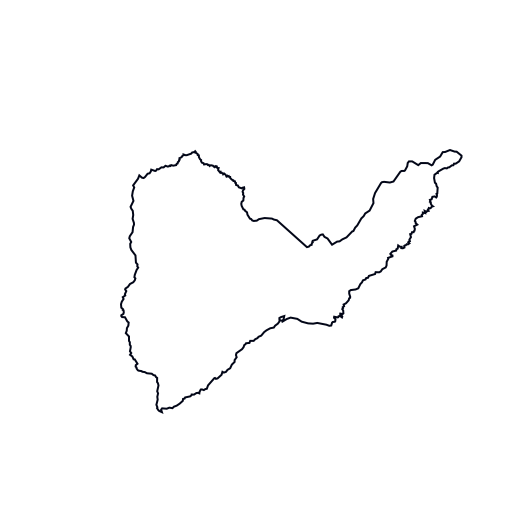 outline of San Andrès, Antioquia, Colombia, rotated 206°
{"feature_id": "7082276B55021826585662", "entity_name": "San Andrès", "entity_type": "district", "adm_level": 2, "iso_a3": "COL", "parent_name": "Colombia", "parent_adm1": "Antioquia", "projection": "orthographic", "projection_center": [-75.67, 6.907], "detail": "fine", "context": "isolated", "style": "outline", "palette": "ink", "viewbox_px": 512, "rotation_deg": 206, "n_neighbors": 0, "source": "geoboundaries", "source_scale": "gbopen_adm2", "svg_char_len": 6140}
<svg xmlns="http://www.w3.org/2000/svg" viewBox="0 0 512 512"><g transform="rotate(206 256 256)"><path d="M272.1,74.4L273.9,76.3L273.6,77.9L269.3,79.6L267.4,81.7L264.4,82.6L263.7,84.6L261.7,86.7L259.9,89.8L258.3,93.7L258.9,95.6L257.7,96.5L257.7,97.8L253.6,101.0L252.9,102.7L253.1,103.3L251.0,104.2L249.5,106.7L248.1,107.6L246.7,107.7L247.2,109.2L247.1,111.8L246.1,112.4L244.1,112.6L243.2,114.2L242.0,115.1L242.4,118.7L239.9,127.9L239.4,128.4L238.2,128.0L236.9,129.1L234.9,134.1L235.4,137.2L233.8,137.1L232.2,138.7L231.7,141.2L230.0,143.8L230.1,147.8L228.8,151.4L229.6,153.1L229.0,156.5L230.6,158.2L231.0,160.1L227.7,166.1L227.2,168.6L227.5,170.8L226.8,172.0L226.7,173.2L223.8,175.0L224.0,177.2L220.9,178.7L220.2,180.9L218.7,182.8L218.3,184.5L216.4,186.7L215.3,191.2L214.0,193.8L211.5,197.3L208.6,199.5L208.3,201.7L206.7,204.8L206.0,208.9L206.9,208.8L207.8,210.5L206.8,212.0L204.3,214.4L203.4,210.9L204.2,209.2L203.5,208.6L200.7,212.9L197.9,215.8L191.3,217.6L186.2,217.0L179.6,218.3L175.0,220.2L171.6,222.7L162.6,225.1L159.5,225.4L157.9,226.5L158.4,229.4L158.1,230.3L156.3,231.5L156.2,232.2L156.9,234.1L158.8,234.7L159.1,235.7L155.7,236.6L155.2,237.1L155.4,238.0L154.3,239.0L151.8,238.5L151.9,239.4L152.9,240.0L154.1,239.9L154.9,240.7L155.0,241.2L152.7,241.8L152.3,242.7L153.7,245.2L155.2,246.1L154.9,247.3L155.6,248.0L154.8,249.5L156.0,250.8L154.4,252.9L153.3,256.8L153.7,258.8L153.1,259.7L153.5,260.7L155.7,263.0L156.8,265.2L155.9,266.9L151.8,269.6L149.9,271.8L149.9,276.5L149.2,278.7L149.2,281.0L147.3,282.9L147.3,284.5L145.8,285.5L145.8,287.6L141.1,292.0L141.4,293.9L138.2,295.3L137.1,296.8L136.7,299.5L134.4,302.6L134.5,304.7L136.0,308.1L135.9,311.5L136.5,312.2L133.2,315.5L133.6,316.3L135.5,316.2L136.2,316.8L135.4,319.8L132.4,322.3L132.8,323.6L131.9,324.7L132.8,327.8L130.7,327.4L129.2,328.1L128.8,326.8L127.4,327.3L126.3,328.7L127.2,330.0L126.9,330.7L126.1,331.3L125.7,332.7L124.6,333.0L123.7,334.6L125.2,335.1L125.1,335.9L124.2,336.8L125.3,338.0L125.0,340.9L127.0,343.2L126.0,344.0L126.2,345.8L124.8,346.5L125.0,347.4L124.6,348.1L125.1,350.0L127.0,352.0L124.8,354.9L127.0,355.6L127.4,356.5L128.6,357.1L128.8,359.6L127.3,362.0L124.2,364.5L125.0,365.4L124.5,366.9L125.1,368.2L122.7,368.7L124.1,370.5L122.1,370.4L121.9,371.4L120.7,372.2L121.9,373.2L121.5,373.9L121.7,374.9L120.6,375.0L120.0,375.7L119.6,377.4L118.8,378.2L120.0,378.4L121.9,379.7L122.4,380.8L123.4,380.9L123.4,381.8L124.3,382.7L123.0,384.0L123.4,386.5L121.5,387.9L119.7,387.6L119.5,388.6L120.1,390.2L121.0,390.9L120.5,391.7L122.7,397.1L124.2,397.9L125.9,400.0L127.3,400.3L130.1,404.1L131.2,407.3L129.7,410.1L129.0,410.3L129.5,411.2L128.9,412.3L126.0,416.6L124.8,417.8L122.9,418.4L122.2,419.8L121.2,420.4L119.7,423.3L118.4,424.1L118.5,425.8L117.0,426.5L114.9,430.1L114.6,434.9L115.3,436.3L121.4,437.7L123.3,436.9L128.1,436.3L131.6,432.4L133.7,431.2L134.1,426.1L137.1,421.0L137.2,415.6L137.9,414.5L142.3,414.8L148.6,411.8L150.0,408.8L157.0,409.5L160.0,408.1L160.4,406.1L159.4,402.9L159.6,398.2L160.0,397.5L162.5,396.2L163.2,395.0L165.1,383.2L167.9,380.7L173.4,378.8L175.1,377.6L175.6,376.4L176.6,364.8L175.7,358.6L173.6,355.0L173.8,346.6L176.5,342.1L176.7,339.0L177.8,336.0L178.4,327.8L179.3,325.0L179.4,321.1L180.3,320.2L182.8,312.4L185.7,308.8L187.3,305.8L189.4,304.5L192.6,299.5L199.4,303.1L202.8,303.2L205.4,304.7L206.7,303.8L207.8,302.3L208.4,297.7L211.7,294.5L211.6,293.5L211.0,293.1L211.4,291.9L210.9,290.4L212.0,289.5L212.6,287.6L214.1,286.3L252.9,297.3L255.9,296.6L258.1,296.6L264.9,293.9L269.5,290.4L270.8,288.1L273.4,286.5L275.0,286.3L276.5,287.1L277.8,286.9L281.8,289.4L283.2,291.3L285.8,291.9L286.6,292.6L287.8,292.4L290.9,294.8L292.1,296.4L292.6,298.5L291.7,300.3L292.7,302.8L292.7,304.3L294.6,305.5L295.1,307.0L296.2,307.8L296.4,309.4L295.9,311.2L296.8,312.5L298.1,311.4L298.4,310.6L301.5,310.2L303.2,311.4L305.0,311.1L306.1,312.8L306.6,312.6L307.7,313.9L309.2,313.5L309.6,314.1L311.1,314.0L313.4,314.8L313.9,315.7L314.8,315.4L315.5,315.9L316.0,315.2L316.9,315.6L317.4,314.5L319.1,315.8L320.4,316.0L321.1,315.2L321.4,315.9L322.0,315.4L323.1,315.8L323.8,315.4L324.6,316.1L324.9,315.3L327.7,316.6L328.2,318.6L329.1,318.1L330.5,319.2L330.8,318.6L331.5,319.0L332.0,318.1L332.3,318.5L333.1,317.8L334.3,318.3L336.0,317.9L336.8,317.5L337.1,316.6L338.5,317.2L339.1,316.7L340.0,317.1L341.2,316.7L342.8,315.5L343.8,316.4L345.6,316.2L346.9,317.1L347.4,318.2L348.6,318.4L350.6,319.8L351.5,321.4L352.6,321.2L353.0,322.0L354.9,322.4L355.9,322.3L355.9,323.2L356.6,323.5L356.8,322.6L358.8,321.0L359.1,319.6L362.4,316.3L363.5,315.7L365.5,315.5L365.1,314.9L366.0,314.0L366.2,312.2L367.7,310.3L366.8,309.1L367.2,308.4L366.8,307.2L367.4,306.1L367.0,304.8L367.7,304.0L367.6,302.7L370.0,300.9L372.1,300.5L372.3,299.4L373.3,299.3L373.6,298.4L374.5,297.7L376.9,297.4L377.9,295.1L379.9,294.2L381.5,291.2L383.0,290.7L383.2,289.0L383.9,288.2L388.0,287.7L387.6,285.9L387.9,283.7L389.5,282.4L390.4,278.3L391.2,276.8L392.8,276.4L396.2,277.3L395.9,273.7L397.4,265.6L395.5,264.2L395.1,260.2L393.8,255.9L390.3,251.8L390.3,245.2L388.8,243.8L386.6,242.6L384.3,239.0L383.2,235.3L380.2,232.2L379.4,230.7L379.2,228.2L377.4,223.3L378.1,218.5L377.7,216.4L374.3,213.9L374.4,211.8L372.7,208.7L370.7,206.8L364.6,203.7L361.0,197.4L358.8,196.5L358.2,194.7L356.8,193.9L357.2,191.2L356.7,186.0L356.0,183.6L354.6,183.0L354.3,181.0L354.8,178.6L357.0,175.6L357.6,172.1L359.1,169.5L358.9,168.5L357.2,167.6L357.1,164.2L356.2,163.2L357.7,160.6L356.2,159.3L356.6,156.1L356.2,153.5L354.4,150.5L352.3,149.9L352.1,149.1L351.2,149.1L350.1,147.3L349.8,145.8L351.1,143.7L350.7,142.9L349.6,142.4L346.9,143.5L343.0,140.8L341.3,140.4L340.2,137.4L340.4,134.6L339.4,132.1L339.2,129.6L334.9,128.0L332.9,124.0L331.6,123.2L330.5,120.9L329.2,120.2L328.6,119.1L327.5,115.1L325.6,114.1L325.9,112.0L323.1,111.5L320.7,109.5L319.6,109.9L315.3,107.2L316.2,105.2L315.7,103.8L314.5,103.4L314.0,102.5L312.1,101.5L311.2,101.5L308.3,102.4L307.5,102.1L305.1,102.9L302.6,102.8L298.1,104.5L295.9,104.0L294.3,104.4L292.9,103.4L291.4,103.1L289.7,99.4L288.4,98.7L286.9,96.9L285.5,91.1L283.8,89.6L283.0,86.2L281.4,83.8L280.3,78.6L278.3,76.8L278.3,75.9L276.3,74.7L275.1,74.3L272.1,74.4Z" fill="none" stroke="#020617" stroke-width="2"/></g></svg>